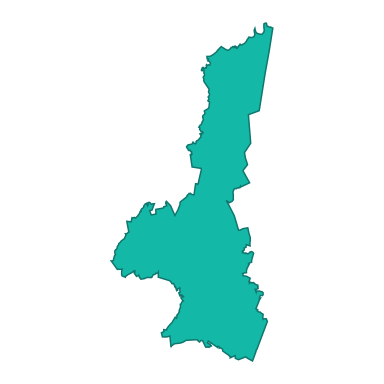 outline of Jalpa de Méndez, Tabasco, Mexico
{"feature_id": "50627088B16392647790801", "entity_name": "Jalpa de Méndez", "entity_type": "district", "adm_level": 2, "iso_a3": "MEX", "parent_name": "Mexico", "parent_adm1": "Tabasco", "projection": "equal_earth", "projection_center": [-93.099, 18.238], "detail": "fine", "context": "isolated", "style": "filled", "palette": "teal", "viewbox_px": 384, "rotation_deg": 0, "n_neighbors": 0, "source": "geoboundaries", "source_scale": "gbopen_adm2", "svg_char_len": 6023}
<svg xmlns="http://www.w3.org/2000/svg" viewBox="0 0 384 384"><path d="M259.2,110.7L265.0,74.2L269.2,50.9L272.8,28.1L270.4,27.0L269.8,27.3L268.1,26.4L267.1,26.3L266.5,23.5L266.0,23.0L264.8,23.3L263.9,23.9L263.9,28.1L264.2,29.4L264.1,31.1L263.7,32.4L261.9,34.4L258.6,33.9L256.6,33.0L255.5,31.3L254.9,28.4L254.2,30.0L254.3,31.7L254.9,34.5L253.8,36.9L251.5,37.5L248.9,37.1L248.5,37.5L248.4,38.3L247.4,39.2L246.3,41.4L244.6,43.4L241.3,45.1L240.7,44.9L240.1,44.2L239.6,45.1L238.9,45.5L238.7,46.4L238.3,46.8L237.8,47.1L237.1,47.0L237.1,48.3L236.6,48.3L236.1,47.7L235.9,46.6L235.5,46.1L235.0,46.1L234.9,47.0L234.3,47.6L234.1,47.6L233.7,46.6L232.6,46.6L231.9,47.6L231.1,47.5L230.5,48.6L228.6,50.1L227.7,50.4L227.2,50.0L226.3,49.8L221.2,46.6L219.4,48.4L219.0,49.1L218.4,49.3L216.3,52.1L213.1,54.6L210.8,56.0L209.5,56.4L206.9,56.4L207.2,58.9L208.2,58.8L208.6,59.3L207.7,60.8L209.4,61.4L210.4,63.2L209.9,65.0L209.6,65.2L208.2,64.8L207.3,65.4L206.5,64.7L206.3,65.6L206.5,66.7L206.2,68.0L205.3,67.7L204.4,68.8L203.2,68.9L203.0,68.3L203.3,67.5L202.7,67.5L202.2,67.9L201.4,70.2L201.6,70.6L203.7,70.7L204.1,71.0L203.8,73.1L204.5,74.0L204.6,74.6L204.4,75.5L203.4,76.8L203.2,77.5L203.9,79.2L203.7,80.7L204.3,82.1L209.1,89.2L208.5,92.0L209.5,94.0L209.5,94.6L208.8,96.3L208.1,97.0L208.8,98.0L208.9,99.1L207.9,100.6L208.3,101.3L209.2,101.6L209.5,102.1L209.0,107.0L208.6,108.0L207.7,109.0L204.4,110.8L204.3,111.4L204.9,112.6L204.8,113.7L204.4,114.4L203.0,115.5L202.7,116.3L202.8,117.6L203.3,119.2L203.0,120.6L202.0,122.2L201.7,123.6L200.8,124.9L199.9,125.4L198.8,127.3L199.8,127.9L199.9,128.3L199.6,129.4L200.9,131.3L201.8,131.4L203.1,132.6L202.9,133.0L202.0,132.6L201.9,133.9L201.7,134.2L200.6,133.4L199.9,133.8L201.0,135.5L200.7,137.3L199.5,138.4L198.3,140.1L196.8,140.7L196.0,141.9L196.2,142.7L195.5,143.8L193.7,143.2L193.6,142.4L193.0,142.1L192.0,144.1L188.0,144.9L186.5,146.8L186.8,147.8L187.8,148.5L188.2,150.0L188.9,150.5L189.9,150.1L190.4,151.2L191.0,151.7L191.5,151.6L191.7,152.1L191.5,153.3L191.9,153.6L192.0,154.1L190.9,154.4L191.2,155.0L190.9,155.7L190.4,155.4L192.1,167.0L201.2,168.4L201.3,169.8L198.4,182.4L198.6,183.0L197.6,184.5L196.9,183.8L195.6,183.7L194.0,194.9L191.3,194.3L190.6,193.3L189.8,193.7L189.1,193.4L188.7,194.1L187.0,195.5L187.0,196.6L180.2,202.0L180.0,202.8L180.1,204.3L177.9,210.0L174.9,215.5L170.6,205.7L166.4,201.3L165.9,201.9L165.7,203.7L166.3,203.8L166.7,205.8L163.8,206.7L163.4,208.0L155.8,209.4L155.9,214.1L151.2,214.9L149.7,210.6L152.0,210.1L154.4,203.7L152.4,203.9L151.2,204.4L150.0,202.6L148.9,202.3L148.3,202.9L148.0,205.3L147.6,205.4L147.5,205.8L147.1,205.0L146.9,203.1L145.2,204.0L143.8,205.9L143.7,207.0L143.2,207.8L141.4,209.1L140.7,210.7L141.1,211.3L140.0,211.8L139.9,212.4L139.1,214.1L137.0,216.7L135.4,218.1L134.3,217.4L132.6,218.0L132.0,217.7L131.2,221.8L126.8,221.3L128.8,232.1L128.3,232.3L127.0,233.6L125.4,233.7L125.9,234.6L125.9,235.0L124.4,238.6L121.1,241.1L119.8,242.8L118.8,243.5L118.6,244.7L117.3,246.6L117.1,248.1L116.5,249.4L115.7,249.6L114.8,251.0L114.9,253.1L115.5,254.6L114.8,255.2L114.3,256.3L113.3,260.4L112.6,260.9L111.2,260.9L117.3,269.4L122.2,269.2L121.7,270.2L121.6,274.5L122.0,275.9L125.2,277.2L125.1,276.4L126.5,275.9L127.6,274.8L131.7,272.7L133.8,271.0L134.8,270.7L134.9,272.1L134.1,272.9L136.5,276.4L138.8,275.1L139.0,276.3L139.3,277.1L140.9,279.2L144.5,278.6L146.8,277.5L151.7,277.5L153.3,274.6L154.2,274.6L155.7,273.9L155.8,273.2L157.7,273.1L158.3,272.1L158.3,277.2L169.7,280.7L171.4,282.5L172.0,283.7L173.8,283.7L174.9,286.9L175.4,286.7L176.7,290.7L177.7,290.1L177.4,289.1L179.7,287.8L179.9,288.5L179.8,289.7L180.2,292.0L178.8,292.8L179.8,295.7L180.7,295.0L181.0,295.9L182.0,295.1L183.5,296.7L181.0,297.4L181.2,298.3L183.2,301.0L182.6,301.1L181.4,302.9L180.6,304.7L180.3,304.6L180.5,307.1L179.2,310.3L179.4,311.7L178.9,312.1L178.7,313.1L176.8,315.3L177.2,315.6L176.5,318.2L175.2,317.2L172.0,322.6L170.9,323.6L168.2,326.7L166.9,328.7L166.5,330.0L163.8,329.6L163.8,331.6L161.4,332.8L162.4,336.9L166.4,337.0L169.9,336.1L171.0,347.2L171.6,345.8L174.4,343.8L180.7,343.0L183.6,341.9L186.1,340.3L197.2,339.7L198.6,341.5L199.6,342.0L200.6,340.7L201.6,340.5L202.6,340.7L205.7,347.1L206.9,347.2L207.7,346.8L208.1,346.9L208.2,347.2L209.0,347.3L210.0,346.7L210.5,346.1L211.4,346.0L211.3,345.7L210.8,345.7L210.2,344.3L209.7,344.4L209.0,343.6L207.4,343.0L208.3,341.0L217.8,347.6L218.2,346.3L220.1,347.6L220.0,347.8L220.2,347.7L222.6,349.3L222.8,351.1L229.2,355.6L229.8,356.6L230.1,356.3L231.0,357.0L230.7,357.6L235.1,355.6L235.3,358.3L238.5,359.7L245.6,356.9L247.8,358.4L252.5,361.0L256.0,351.5L255.9,350.4L256.7,349.8L267.4,321.4L266.2,318.7L263.5,318.9L263.1,319.3L262.8,318.1L263.1,314.5L262.8,313.9L261.8,313.6L260.2,312.1L258.4,311.9L258.2,311.4L257.2,310.9L257.7,309.7L255.9,308.8L259.5,299.8L260.5,298.1L259.4,298.3L259.8,296.7L260.4,295.6L261.0,295.4L262.4,295.6L262.8,295.2L263.1,294.6L263.1,292.8L262.3,291.9L259.3,291.0L256.9,291.0L256.6,291.2L256.2,292.4L255.1,289.3L256.2,289.5L258.1,288.5L257.6,287.0L258.1,286.8L257.7,285.0L256.1,284.7L254.5,283.6L254.4,283.2L253.2,283.1L253.2,282.6L251.3,282.9L251.1,282.4L250.6,282.4L249.4,283.3L249.3,282.0L249.5,281.4L249.0,281.3L250.2,278.2L246.6,276.3L243.0,275.7L243.0,273.9L242.6,273.6L243.0,273.2L246.5,272.7L246.4,271.1L246.9,268.7L249.1,264.4L248.4,263.9L248.7,263.4L251.6,262.2L251.7,260.0L253.6,253.3L252.6,252.0L251.4,251.6L251.0,252.0L250.1,251.9L249.9,252.6L247.9,253.8L245.8,253.0L245.6,253.5L243.9,253.0L243.3,252.3L242.5,252.5L242.4,251.1L243.1,251.0L244.3,249.9L244.1,248.0L246.0,247.3L246.2,244.7L250.1,245.9L249.9,244.4L250.0,241.9L250.3,240.7L250.3,237.8L248.8,232.8L247.8,227.8L242.8,228.7L240.4,230.0L238.6,230.3L234.2,215.5L227.3,202.2L226.1,200.4L229.4,202.7L232.1,201.3L232.9,200.5L233.4,199.3L233.2,198.3L233.3,194.1L232.9,192.4L233.1,191.5L234.4,188.6L236.3,188.7L237.5,187.8L238.6,188.0L239.3,187.4L239.8,187.7L240.4,186.5L240.5,187.1L249.6,182.8L242.9,170.7L247.5,164.7L246.4,160.9L245.5,158.4L244.5,152.6L250.7,143.2L248.4,114.7L259.2,110.7Z" fill="#14b8a6" stroke="#0f766e" stroke-width="1.5"/></svg>